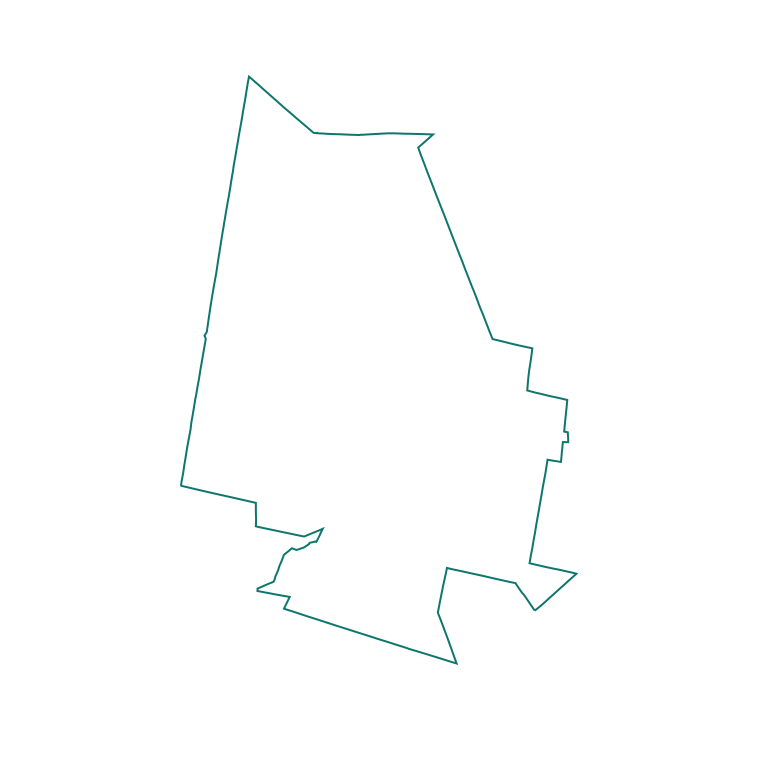 Comlosu Mare, Timis, Romania (Equal Earth projection), rotated 206°
{"feature_id": "2599482B85434037080352", "entity_name": "Comlosu Mare", "entity_type": "district", "adm_level": 2, "iso_a3": "ROU", "parent_name": "Romania", "parent_adm1": "Timis", "projection": "equal_earth", "projection_center": [20.641, 45.886], "detail": "fine", "context": "isolated", "style": "outline", "palette": "teal", "viewbox_px": 768, "rotation_deg": 206, "n_neighbors": 0, "source": "geoboundaries", "source_scale": "gbopen_adm2", "svg_char_len": 3910}
<svg xmlns="http://www.w3.org/2000/svg" viewBox="0 0 768 768"><g transform="rotate(206 384 384)"><path d="M640.1,601.1L638.2,594.2L636.1,587.2L634.0,580.4L632.0,573.4L629.9,566.3L627.8,559.3L625.8,552.3L623.8,545.2L621.7,538.2L619.7,531.2L617.6,524.2L615.8,517.8L614.8,514.3L613.6,510.8L612.9,508.5L611.8,504.5L609.8,497.9L608.8,494.8L607.8,491.5L605.8,484.7L603.9,477.9L602.1,471.6L601.9,470.9L600.0,464.6L599.6,463.3L598.1,458.0L597.5,456.3L596.0,451.1L595.0,447.7L594.1,444.7L592.2,438.6L591.6,436.6L590.2,432.0L589.9,431.1L589.8,430.8L589.2,429.0L589.3,428.9L586.7,420.6L583.5,410.5L580.3,399.1L577.4,389.1L574.2,378.5L569.8,364.6L566.1,353.1L566.5,348.8L564.1,346.6L563.8,345.9L558.1,326.2L556.1,319.2L555.6,317.5L554.0,312.3L552.1,306.0L551.9,305.2L550.2,299.1L549.6,297.1L548.2,292.4L547.8,290.9L547.7,290.5L547.2,288.3L546.3,285.4L544.3,278.8L542.2,271.7L540.3,265.0L539.3,262.2L538.0,258.5L535.8,250.5L533.9,243.6L531.8,236.4L529.7,229.6L527.7,222.8L525.5,216.0L523.8,209.8L522.9,206.6L522.0,204.0L521.6,203.7L521.3,203.7L509.3,206.4L496.6,209.3L483.9,212.3L471.0,215.4L458.6,218.3L447.1,221.0L446.0,218.8L442.7,212.1L439.4,205.8L436.8,199.9L433.6,200.6L421.7,203.6L409.7,206.6L397.1,209.8L388.9,211.9L385.5,215.8L379.1,222.9L377.7,224.5L375.6,227.0L375.6,225.8L375.5,218.9L375.6,212.4L376.8,212.3L377.5,211.6L378.0,211.2L379.9,209.7L381.0,208.8L381.2,208.5L381.4,208.1L381.4,207.7L381.3,207.4L381.2,207.3L381.2,207.2L381.3,207.0L381.4,206.9L383.3,203.6L384.5,201.7L386.7,199.6L390.0,196.4L392.9,196.2L394.8,196.0L396.4,192.2L398.3,188.2L399.1,186.5L398.8,184.2L398.4,179.3L398.4,178.4L398.3,176.9L398.2,174.1L397.9,172.6L397.7,171.4L397.6,170.8L397.3,166.2L397.3,164.5L397.3,163.9L396.6,160.2L396.6,159.9L396.6,159.4L396.6,157.8L397.5,156.8L399.9,154.1L402.3,151.4L405.6,147.4L406.5,146.3L408.0,144.7L407.0,142.5L401.8,143.9L394.5,145.9L388.2,147.6L375.4,151.3L375.4,143.4L375.4,138.2L364.4,139.8L360.7,140.3L351.6,141.5L342.2,142.9L324.3,145.4L321.4,145.8L299.1,149.1L276.5,152.4L268.6,153.6L254.1,155.7L250.5,156.3L245.4,156.9L231.9,159.1L209.3,162.6L204.7,163.3L196.2,164.6L199.7,168.0L212.5,180.5L215.7,183.6L225.7,193.1L229.8,197.0L235.4,202.1L236.7,207.0L239.4,217.1L242.2,227.9L244.7,237.9L245.2,240.3L246.8,246.3L243.2,247.0L231.6,249.9L220.8,252.5L210.6,255.0L198.9,257.7L192.6,259.2L185.0,261.0L178.5,262.7L177.2,261.8L169.0,257.2L168.0,256.7L166.8,256.2L165.7,255.8L165.0,255.5L164.9,255.2L163.1,254.4L155.2,249.8L149.2,246.5L149.2,246.4L147.8,249.2L144.9,255.7L143.5,259.1L142.0,263.0L139.2,269.9L136.3,277.1L133.6,283.7L130.8,290.7L128.2,296.9L127.9,297.8L130.1,297.4L138.2,295.5L145.8,293.7L154.0,291.5L162.4,289.5L174.6,286.7L176.7,293.8L178.8,301.7L181.0,308.9L183.1,316.6L185.4,324.1L187.5,331.4L189.6,338.9L191.7,346.1L193.9,353.8L196.1,361.1L198.3,369.1L200.0,375.3L202.0,381.7L203.8,387.6L197.4,389.5L190.8,391.5L192.4,395.9L194.2,400.5L195.9,405.2L197.8,410.2L192.9,412.5L195.0,416.5L197.7,421.2L201.2,420.2L205.0,430.3L209.4,442.4L212.3,450.0L220.7,448.1L230.2,445.7L239.1,443.8L244.2,442.6L252.4,441.0L255.2,448.1L257.5,454.2L259.8,460.9L261.8,467.5L263.8,473.7L266.3,481.1L279.2,477.9L288.5,475.8L296.6,474.1L306.1,472.0L311.7,477.0L326.1,490.4L331.6,495.2L336.3,499.7L341.9,505.0L348.4,510.8L354.8,516.7L361.0,522.4L366.8,527.9L373.3,533.8L381.2,541.1L389.2,548.5L399.1,557.7L405.1,563.3L412.7,570.2L419.8,576.7L427.3,583.7L437.1,592.7L444.8,600.0L451.7,606.4L456.9,611.5L450.7,626.3L449.3,629.8L450.4,629.3L455.8,626.9L471.4,619.8L474.3,618.4L485.1,613.6L490.6,610.9L495.7,608.1L499.5,605.9L508.0,601.2L512.7,598.5L513.7,598.1L514.2,597.8L515.3,597.0L517.5,596.0L520.2,594.8L523.7,593.2L533.9,588.8L538.6,586.6L546.0,583.4L547.2,583.0L550.2,581.7L552.2,580.8L553.8,580.3L554.1,580.4L554.2,580.0L557.5,578.9L571.7,582.6L576.5,583.8L589.7,587.3L592.6,588.0L600.9,590.3L619.6,595.5L628.1,597.9L639.7,601.0L640.1,601.1Z" fill="none" stroke="#0f766e" stroke-width="2"/></g></svg>